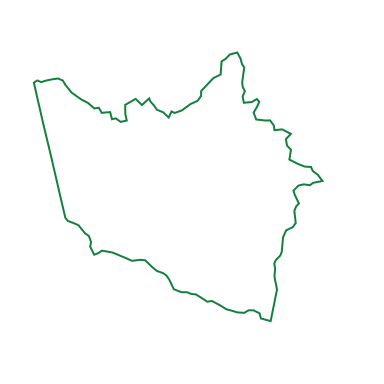 the district of Rolante, Rio Grande do Sul, Brazil, rotated 257°
{"feature_id": "56859067B79381959059514", "entity_name": "Rolante", "entity_type": "district", "adm_level": 2, "iso_a3": "BRA", "parent_name": "Brazil", "parent_adm1": "Rio Grande do Sul", "projection": "albers", "projection_center": [-50.543, -29.636], "detail": "fine", "context": "isolated", "style": "outline", "palette": "green", "viewbox_px": 384, "rotation_deg": 257, "n_neighbors": 0, "source": "geoboundaries", "source_scale": "gbopen_adm2", "svg_char_len": 1809}
<svg xmlns="http://www.w3.org/2000/svg" viewBox="0 0 384 384"><g transform="rotate(257 192 192)"><path d="M334.1,62.5L290.4,62.4L261.9,62.7L243.0,62.7L224.8,62.7L214.3,62.7L195.5,62.8L191.8,64.4L188.8,69.0L185.2,73.9L175.6,78.6L172.4,81.6L166.1,82.4L161.6,80.5L152.9,82.6L153.5,86.9L155.1,91.1L150.9,101.0L142.1,113.2L138.4,118.1L137.6,126.2L136.0,131.0L128.2,136.1L123.1,139.9L119.3,145.8L116.5,148.2L111.9,150.1L101.4,152.4L96.8,159.0L95.5,164.5L92.7,168.6L91.4,172.7L86.7,177.4L81.6,182.3L81.4,186.8L74.4,194.8L70.0,199.1L67.6,203.7L64.5,209.1L62.5,215.8L64.0,220.5L62.8,225.5L58.6,230.5L53.3,230.7L50.5,235.9L48.5,239.6L77.9,252.9L82.8,253.1L87.7,253.1L92.2,253.6L98.5,255.8L103.6,256.0L106.8,258.3L110.2,263.7L113.5,266.0L127.3,270.5L133.5,275.1L135.1,282.3L138.5,286.1L150.7,287.5L154.7,290.4L156.8,293.6L166.1,291.5L170.5,291.2L174.3,297.1L174.3,302.6L172.1,308.5L173.7,312.0L173.4,321.6L180.4,318.5L185.3,314.4L189.6,313.6L191.4,307.6L195.6,301.4L201.7,294.2L210.9,297.9L215.9,295.0L222.4,295.4L226.4,301.4L232.7,294.0L233.7,286.3L238.4,286.7L244.2,284.2L245.1,279.7L248.2,270.9L255.5,269.9L260.5,274.6L264.8,277.8L268.0,276.1L266.2,270.5L267.3,262.6L273.7,262.8L278.3,266.2L282.7,265.1L287.4,265.5L301.6,270.9L305.2,269.5L311.1,269.3L317.7,267.5L317.5,259.8L314.2,254.8L312.6,250.2L300.0,246.3L298.2,238.5L288.3,223.6L283.6,222.5L279.6,218.0L278.0,210.3L273.8,200.5L272.9,192.9L275.1,190.1L269.8,186.1L276.0,182.0L280.0,176.4L284.5,174.6L289.4,171.9L292.8,171.3L288.0,162.8L295.4,158.0L291.9,146.5L283.1,144.6L276.3,144.5L276.4,138.2L280.9,134.3L280.9,130.4L288.2,130.2L288.9,126.2L289.4,121.8L295.0,120.2L295.4,115.6L302.2,110.7L307.2,104.8L316.0,97.0L324.7,92.8L329.7,91.2L332.7,87.1L333.2,82.0L333.4,75.4L333.0,69.8L335.5,66.3L334.1,62.5Z" fill="none" stroke="#15803d" stroke-width="2"/></g></svg>